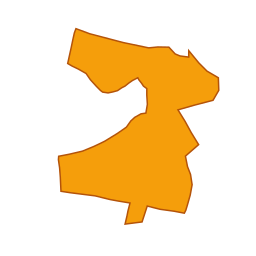 outline of Qalat Saleh, Maysan, Iraq, rotated 108°
{"feature_id": "34846034B15043886970359", "entity_name": "Qalat Saleh", "entity_type": "district", "adm_level": 2, "iso_a3": "IRQ", "parent_name": "Iraq", "parent_adm1": "Maysan", "projection": "orthographic", "projection_center": [47.323, 31.48], "detail": "fine", "context": "isolated", "style": "filled", "palette": "amber", "viewbox_px": 256, "rotation_deg": 108, "n_neighbors": 0, "source": "geoboundaries", "source_scale": "gbopen_adm2", "svg_char_len": 1134}
<svg xmlns="http://www.w3.org/2000/svg" viewBox="0 0 256 256"><g transform="rotate(108 128 128)"><path d="M64.1,53.3L52.3,57.6L49.5,70.4L44.2,80.8L35.7,94.1L41.8,92.2L43.4,100.8L43.0,106.0L38.5,114.1L41.7,124.6L45.4,133.1L48.2,158.8L49.0,172.6L50.2,193.5L49.6,208.2L54.2,208.4L61.5,207.7L68.8,206.9L85.3,205.3L86.4,200.2L87.3,193.5L89.1,184.7L93.7,178.7L98.1,171.0L100.8,165.8L101.7,163.2L100.8,157.8L98.4,153.6L95.7,149.5L91.7,146.4L89.1,143.8L85.1,141.2L81.4,138.4L77.2,134.2L78.7,132.7L81.2,129.0L83.4,126.2L84.7,122.3L90.9,120.3L99.5,116.9L108.3,115.6L110.5,120.0L115.8,124.9L120.4,127.5L127.7,129.8L136.3,136.3L147.8,146.1L151.3,149.7L156.2,154.9L164.1,164.2L169.6,173.3L171.0,175.6L176.3,185.2L179.6,184.4L186.9,180.8L195.9,177.1L208.9,172.2L207.4,162.9L202.7,138.3L201.6,123.1L200.5,114.8L198.7,102.9L206.9,102.4L211.9,101.8L220.3,101.1L213.0,85.6L207.7,85.6L196.3,85.6L195.4,72.4L192.9,58.4L191.6,48.1L188.4,47.6L183.1,47.7L172.6,48.1L162.1,49.5L152.8,54.2L146.3,59.5L137.0,64.7L122.0,55.7L112.7,66.6L104.2,75.6L95.3,86.1L86.0,72.3L77.5,59.0L75.4,55.7L64.1,53.3Z" fill="#f59e0b" stroke="#b45309" stroke-width="1.5"/></g></svg>